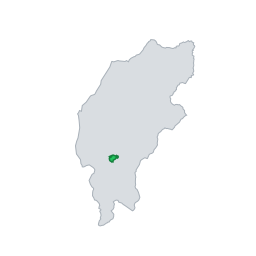 location of Darxan, Hentiy, Mongolia, rotated 107°
{"feature_id": "93677404B15317120732328", "entity_name": "Darxan", "entity_type": "district", "adm_level": 2, "iso_a3": "MNG", "parent_name": "Mongolia", "parent_adm1": "Hentiy", "projection": "orthographic", "projection_center": [109.184, 46.592], "detail": "fine", "context": "in_parent", "style": "filled", "palette": "green", "viewbox_px": 256, "rotation_deg": 107, "n_neighbors": 0, "source": "geoboundaries", "source_scale": "gbopen_adm2", "svg_char_len": 4225}
<svg xmlns="http://www.w3.org/2000/svg" viewBox="0 0 256 256"><g transform="rotate(107 128 128)"><path d="M27.4,90.0L28.1,90.2L29.4,89.7L29.8,88.5L30.4,88.0L33.0,88.4L34.1,89.0L34.5,88.3L34.8,88.3L35.2,89.1L35.9,89.0L36.4,88.8L37.0,88.0L37.8,88.4L39.6,87.8L40.0,86.0L40.7,85.8L42.2,85.8L42.6,85.0L42.9,84.9L44.0,84.9L45.9,84.4L46.7,84.5L47.5,83.9L49.3,83.3L51.8,83.3L52.1,82.8L54.5,81.7L56.8,82.2L57.7,80.9L58.1,80.8L59.3,82.8L60.0,82.8L60.4,82.2L61.4,82.4L61.5,83.6L62.0,84.2L68.7,86.0L68.8,86.5L68.6,89.3L69.6,90.8L69.8,91.5L71.7,91.7L72.6,92.9L74.3,93.1L75.1,93.6L76.9,92.9L77.2,92.9L77.7,93.5L78.5,93.3L79.9,94.5L81.1,94.5L81.5,95.0L82.3,94.8L83.9,95.3L85.0,97.0L86.0,97.0L87.2,96.2L87.6,95.6L89.3,95.5L90.3,95.0L91.0,94.5L92.2,92.5L92.7,90.3L92.0,89.8L91.4,89.0L91.1,87.8L91.2,86.9L90.6,85.6L90.8,85.0L91.4,83.9L91.9,82.2L92.6,81.3L93.7,81.0L94.0,80.3L94.8,79.0L96.6,78.5L97.8,77.1L98.6,75.7L99.3,76.6L101.3,77.9L103.1,78.6L104.1,79.9L107.3,80.5L112.4,83.7L113.6,83.7L116.7,85.1L116.9,85.5L116.7,87.5L116.9,88.0L116.9,90.2L117.4,91.3L117.1,92.5L117.3,93.0L118.1,93.2L119.3,94.6L122.2,95.8L123.0,96.7L125.0,97.5L126.0,97.2L127.7,97.5L128.3,97.4L129.5,96.5L130.2,96.2L134.1,95.6L135.2,95.0L135.9,94.9L138.9,95.7L141.0,96.7L144.0,96.8L145.4,97.9L146.0,99.0L147.2,100.0L151.4,100.5L151.6,100.7L151.5,102.9L151.6,103.3L154.4,105.8L155.7,106.5L159.6,106.4L165.7,108.0L167.1,107.5L168.4,108.3L168.9,108.2L172.8,106.1L173.4,106.2L177.5,105.2L180.0,104.1L182.0,104.1L183.5,103.1L184.1,101.4L186.5,99.2L190.8,96.4L193.6,96.6L195.2,97.4L197.1,99.1L198.1,99.5L199.9,99.5L202.3,98.0L203.7,98.2L205.0,98.7L205.9,99.5L202.7,109.3L202.7,109.9L201.6,112.0L201.6,115.2L200.1,116.4L200.4,118.2L200.9,118.8L202.8,120.5L203.4,120.2L203.9,119.4L204.8,118.7L206.7,118.7L208.2,118.2L210.3,118.6L212.2,119.9L214.6,116.4L216.9,115.8L219.2,115.9L221.2,117.9L223.4,118.6L224.0,119.8L224.9,120.2L225.2,120.8L228.0,122.9L228.8,124.5L229.6,125.6L229.8,126.8L229.7,127.4L228.7,128.2L225.1,128.3L222.9,127.4L222.2,128.2L219.5,128.2L218.0,128.9L217.0,129.5L216.4,130.3L215.9,130.6L215.5,130.6L214.6,130.0L213.9,130.1L213.7,130.3L213.4,132.4L211.1,132.6L210.3,132.4L208.4,133.6L208.2,134.4L207.2,135.5L206.4,137.6L206.7,138.5L206.4,139.1L204.8,140.3L203.2,142.1L199.8,143.0L198.1,143.2L196.9,142.9L195.7,143.3L194.9,145.2L192.7,147.6L189.5,149.9L183.4,148.9L182.6,148.6L181.3,147.3L177.8,147.4L176.8,148.3L176.0,149.7L174.6,154.2L176.0,156.7L177.7,158.3L178.4,159.4L178.5,160.4L177.3,160.9L175.8,162.6L172.1,164.2L167.9,169.7L160.4,173.0L155.7,173.2L152.1,172.9L142.0,174.2L135.5,176.8L130.6,179.0L129.4,180.2L128.9,180.3L128.1,179.8L125.5,179.5L125.6,177.4L119.9,178.3L115.5,175.5L109.1,173.5L107.8,172.8L105.8,169.9L104.7,169.4L101.9,169.0L94.2,166.9L90.5,167.5L75.0,163.2L69.2,163.0L69.0,162.7L68.9,160.9L66.7,157.8L66.4,157.1L66.4,156.0L65.2,150.2L64.0,149.2L64.5,146.9L62.5,146.7L60.4,145.5L58.3,143.4L57.4,142.0L55.9,141.4L54.3,138.9L53.5,138.3L48.9,136.4L46.4,136.1L44.0,135.0L41.1,134.3L40.3,133.6L39.4,133.5L37.9,132.1L36.8,132.1L36.1,128.6L36.8,126.8L37.7,125.8L39.4,124.4L39.5,123.7L39.3,122.0L40.7,119.4L40.8,117.6L40.6,115.5L39.7,114.8L39.0,111.9L39.0,109.7L38.8,108.1L37.6,106.9L37.4,105.6L37.0,105.4L36.6,105.7L35.8,105.7L35.1,104.7L34.9,103.7L34.5,103.3L33.5,103.1L32.6,103.3L31.8,102.9L31.2,101.8L29.5,100.1L29.7,99.1L29.5,98.4L29.0,98.1L28.5,97.3L26.8,96.0L26.8,95.5L27.6,94.7L26.5,93.5L26.2,92.5L27.3,91.6L27.2,90.8L27.4,90.0Z" fill="#d9dde1" stroke="#a8b0b8" stroke-width="1"/><path d="M159.8,129.3L159.7,129.3L159.6,129.2L159.4,129.1L159.2,129.1L158.9,129.0L158.9,128.9L158.7,128.9L158.7,129.0L158.4,129.1L158.2,129.2L158.2,129.3L157.9,129.3L157.7,130.6L158.5,130.3L158.7,130.1L158.8,130.3L158.7,130.6L158.6,131.2L158.4,131.6L158.3,131.8L158.3,132.7L158.4,133.1L158.2,133.8L158.4,134.5L159.1,134.8L159.3,135.4L159.1,135.5L160.2,136.8L160.1,135.7L160.4,135.7L160.7,135.8L160.9,135.7L161.2,135.9L161.2,136.0L161.3,136.5L161.2,137.0L161.7,137.0L162.7,136.9L163.9,136.3L164.3,136.0L164.4,135.9L164.8,135.2L164.9,134.4L165.2,133.8L165.0,133.7L164.9,132.5L164.1,132.6L163.7,132.6L162.9,132.6L161.7,131.3L161.4,131.1L160.8,130.9L160.3,130.9L159.9,129.9L159.8,129.5L159.8,129.3Z" fill="#22c55e" stroke="#15803d" stroke-width="1.5"/></g></svg>